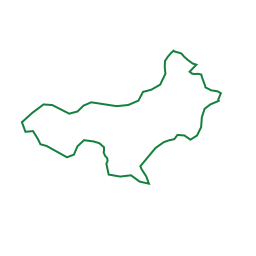 Rîşcani, Equal Earth projection, rotated 162°
{"feature_id": "MDA-1617", "entity_name": "Rîşcani", "entity_type": "District", "adm_level": 1, "iso_a3": "MDA", "parent_name": "Moldova", "parent_adm1": "", "projection": "equal_earth", "projection_center": [27.482, 47.936], "detail": "fine", "context": "isolated", "style": "outline", "palette": "green", "viewbox_px": 256, "rotation_deg": 162, "n_neighbors": 0, "source": "natural_earth", "source_scale": "10m", "svg_char_len": 1086}
<svg xmlns="http://www.w3.org/2000/svg" viewBox="0 0 256 256"><g transform="rotate(162 128 128)"><path d="M60.7,187.4L60.5,186.8L59.3,185.8L54.8,182.9L53.8,181.5L52.7,178.7L49.9,173.9L46.4,169.2L43.4,167.1L52.0,162.5L50.1,159.7L47.4,158.6L44.4,157.8L41.7,156.1L42.0,154.1L41.6,144.2L41.8,142.7L37.2,138.1L31.6,135.3L28.9,132.4L33.3,127.2L33.3,125.8L35.2,125.6L42.3,125.0L49.2,122.6L54.4,115.5L58.2,106.2L64.7,99.5L72.2,97.6L76.7,103.5L83.1,106.1L87.4,103.1L92.7,103.6L98.2,103.5L108.0,100.5L128.1,87.8L127.8,84.6L125.6,76.4L125.3,68.6L133.5,73.4L139.8,82.1L150.4,84.2L160.8,89.7L159.6,100.7L157.6,102.9L157.1,105.7L158.4,108.7L158.7,112.2L157.6,114.4L156.8,117.2L160.0,122.4L164.6,125.7L173.6,130.0L181.7,126.2L187.7,119.4L195.1,119.0L211.0,136.1L216.3,139.6L217.1,145.5L219.3,154.4L226.7,156.1L227.1,166.3L214.3,172.0L201.0,176.5L192.9,173.2L179.5,159.8L170.9,159.3L163.5,163.0L155.0,163.8L132.1,152.3L120.7,149.8L109.6,150.8L102.6,157.7L94.1,157.2L84.0,159.3L75.6,168.1L74.3,174.4L72.1,180.3L67.9,183.6L63.4,186.3L60.7,187.4Z" fill="none" stroke="#15803d" stroke-width="2"/></g></svg>